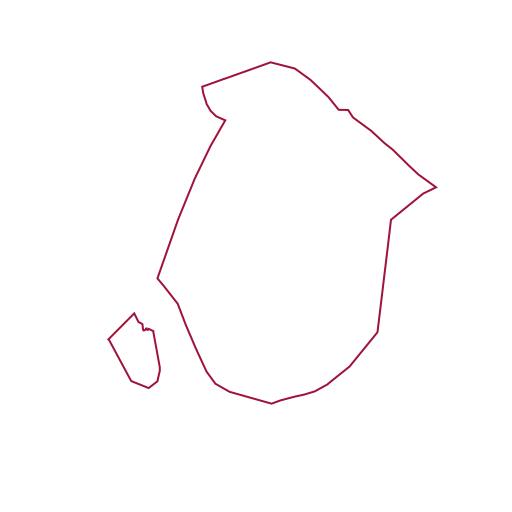 the district of Radman, Al Bayda', Yemen, rotated 216°
{"feature_id": "15242507B86992417351201", "entity_name": "Radman", "entity_type": "district", "adm_level": 2, "iso_a3": "YEM", "parent_name": "Yemen", "parent_adm1": "Al Bayda'", "projection": "orthographic", "projection_center": [45.286, 14.484], "detail": "fine", "context": "isolated", "style": "outline", "palette": "rose", "viewbox_px": 512, "rotation_deg": 216, "n_neighbors": 0, "source": "geoboundaries", "source_scale": "gbopen_adm2", "svg_char_len": 1563}
<svg xmlns="http://www.w3.org/2000/svg" viewBox="0 0 512 512"><g transform="rotate(216 256 256)"><path d="M267.3,428.3L275.0,422.9L291.0,427.2L301.9,428.7L307.8,429.5L315.5,430.5L334.3,430.5L334.7,430.5L335.5,430.2L335.8,430.1L346.9,425.7L357.9,421.3L358.0,421.3L365.6,410.1L377.6,392.6L385.5,381.0L385.6,380.9L385.8,380.7L399.0,361.3L394.4,356.7L388.2,352.2L386.6,351.0L385.1,349.8L383.3,349.1L378.0,346.7L370.3,345.6L360.6,347.7L359.6,338.0L359.0,332.9L357.4,317.9L356.6,313.7L354.9,304.2L352.3,289.7L352.0,287.8L351.0,282.5L344.1,254.5L340.4,239.5L322.6,180.0L322.5,179.9L313.5,177.7L292.2,171.6L291.5,171.5L280.6,164.4L276.9,162.0L272.8,159.3L262.8,153.3L262.1,152.9L251.1,146.3L247.6,144.3L238.1,139.0L234.7,137.1L227.8,133.3L213.7,128.8L210.1,129.2L197.5,130.6L156.6,145.7L151.3,153.6L146.9,159.0L141.9,165.1L135.4,172.4L128.9,181.0L122.8,193.9L121.8,198.0L115.3,221.7L115.3,222.2L114.5,237.0L112.9,265.7L129.2,295.0L143.1,319.9L145.3,323.9L151.4,334.8L152.6,337.0L168.1,364.7L157.4,404.9L150.7,417.4L172.6,417.4L186.3,419.1L187.2,419.3L207.9,422.4L217.9,422.8L222.3,423.3L234.1,424.7L236.6,425.0L243.9,425.0L257.8,425.1L259.0,425.1L267.3,428.3ZM326.4,101.8L325.7,101.8L316.3,97.3L312.2,95.3L283.5,81.5L281.7,81.9L267.1,85.6L265.2,86.1L263.6,91.5L262.1,96.7L264.5,102.2L266.3,106.5L268.6,109.6L294.2,134.0L294.8,134.9L299.9,134.0L300.1,132.6L300.7,132.4L301.9,133.1L302.3,132.5L302.1,131.5L302.6,130.3L303.0,129.8L303.9,129.9L304.5,130.5L307.8,134.1L310.5,133.9L312.0,133.4L320.8,138.0L326.4,101.8Z" fill="none" stroke="#9f1239" stroke-width="2"/></g></svg>